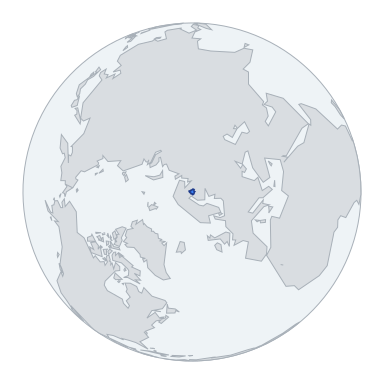 globe centered on Kainuu, rotated 258°
{"feature_id": "FIN-3179", "entity_name": "Kainuu", "entity_type": "Province", "adm_level": 1, "iso_a3": "FIN", "parent_name": "Finland", "parent_adm1": "", "projection": "orthographic", "projection_center": [28.501, 64.601], "detail": "fine", "context": "on_globe", "style": "filled", "palette": "blue", "viewbox_px": 384, "rotation_deg": 258, "n_neighbors": 0, "source": "natural_earth", "source_scale": "10m", "svg_char_len": 11827}
<svg xmlns="http://www.w3.org/2000/svg" viewBox="0 0 384 384"><g transform="rotate(258 192 192)"><circle cx="192" cy="192" r="169" fill="#eef3f6" stroke="#a8b0b8"/><path d="M41.7,114.8L44.2,110.2L72.8,72.3L77.7,67.6L80.9,65.3L106.1,49.8L87.9,59.3L94.8,54.4L103.2,49.6L102.0,50.8L112.4,46.7L120.6,43.0L133.3,41.5L141.2,47.2L136.4,48.0L138.8,49.4L145.0,48.6L148.5,47.8L165.3,53.6L185.7,54.6L192.3,51.5L190.8,55.1L203.4,47.2L214.6,46.6L201.8,49.5L200.4,51.5L208.0,52.1L208.2,54.3L211.9,56.0L211.5,58.7L204.0,60.4L203.6,62.3L209.0,62.6L211.9,65.7L204.1,64.9L208.4,70.3L196.8,74.7L176.3,71.3L169.6,76.9L148.0,81.9L149.8,84.1L142.7,87.7L142.2,91.6L138.3,91.7L141.2,94.8L144.9,94.1L147.3,95.3L147.3,97.6L142.4,97.9L141.7,96.8L140.3,98.2L137.8,97.4L139.0,99.1L133.1,99.4L138.9,102.6L134.1,105.8L130.2,105.0L130.7,100.6L122.9,88.5L119.1,86.8L113.1,88.7L101.7,101.6L97.4,101.8L91.6,105.3L93.8,107.2L99.2,105.1L102.0,109.7L108.3,106.9L110.4,108.4L116.8,107.6L115.6,112.7L111.1,118.2L105.7,119.2L103.5,121.8L108.5,125.0L98.4,131.2L91.5,143.1L88.9,144.3L84.0,138.8L84.3,128.0L78.0,121.7L81.9,130.9L75.3,134.2L74.1,137.0L74.4,139.9L76.8,140.8L74.5,143.1L69.8,134.6L71.8,132.4L73.3,135.0L73.4,130.1L70.2,124.8L67.1,127.1L65.5,117.4L63.3,118.9L61.7,117.9L65.3,115.9L58.8,119.3L56.4,110.0L47.4,116.4L56.4,105.8L59.8,99.9L63.1,93.4L61.6,94.3L68.0,85.1L70.4,79.3L66.3,80.7L60.1,87.0L53.4,96.5L53.7,97.4L50.2,104.2L47.8,104.5L40.8,118.0L38.6,121.2L36.9,125.0L41.7,114.8ZM35.2,129.1L33.6,133.2L30.9,141.2L30.7,143.3L29.6,149.9L27.8,153.9L28.6,154.8L27.0,161.2L26.0,177.5L25.6,177.1L24.4,196.0L26.1,213.6L26.5,220.3L26.0,220.3L27.3,226.3L27.4,227.7L35.0,251.6L41.2,266.1L42.5,270.3L41.2,268.1L36.1,257.2L31.9,245.9L28.4,234.4L25.8,222.6L24.1,210.7L23.2,198.6L23.1,186.6L23.9,174.6L25.6,162.6L28.1,150.8L31.5,139.2L31.9,138.2L33.3,134.0L33.4,133.7L35.2,129.1ZM45.2,117.6L37.4,135.5L39.4,127.2L39.5,128.3L41.9,123.3L45.7,115.2L48.2,108.6L45.2,117.6ZM47.0,121.2L48.1,118.4L47.3,120.9L47.0,121.2ZM150.0,47.1L145.1,48.4L139.5,48.4L143.5,47.0L150.0,47.1ZM160.8,48.0L158.5,49.1L156.0,47.0L158.1,47.0L160.8,48.0ZM197.0,48.9L193.0,49.0L196.8,48.2L197.0,48.9ZM212.5,55.7L213.6,55.0L215.1,56.2L212.5,55.7ZM117.0,104.8L116.9,106.2L115.7,105.6L117.0,104.8ZM119.9,103.3L118.6,101.7L119.8,100.7L120.5,101.7L119.9,103.3ZM215.8,61.5L217.8,63.7L214.4,61.7L215.8,61.5ZM121.1,105.5L122.1,99.2L124.2,97.6L128.8,100.0L121.1,105.5ZM218.2,65.2L223.3,70.8L226.1,69.6L220.9,76.2L218.3,69.2L213.7,66.8L217.2,66.9L218.2,65.2ZM146.0,92.8L142.1,93.7L145.3,90.9L146.0,92.8ZM147.4,90.7L153.8,80.7L159.5,80.6L156.2,83.9L163.6,82.4L163.3,87.3L159.1,89.3L155.5,88.3L158.2,90.9L147.4,90.7ZM217.3,79.1L217.4,80.8L215.9,79.3L217.3,79.1ZM148.6,95.5L149.3,93.4L154.3,93.2L153.7,97.4L152.3,96.1L148.6,95.5ZM165.7,79.6L169.3,80.3L170.0,84.4L171.5,85.3L163.8,87.4L165.7,79.6ZM151.2,97.3L153.3,99.6L150.9,101.8L148.2,97.6L151.2,97.3ZM155.9,91.4L158.3,91.6L156.7,92.8L155.9,91.4ZM143.8,111.3L144.6,108.6L147.2,108.3L143.8,111.3ZM154.2,100.3L155.0,99.5L156.2,99.1L157.0,101.0L154.2,100.3ZM164.8,90.2L164.4,91.9L168.0,89.6L168.7,92.7L163.4,93.6L166.0,94.5L166.2,95.5L161.6,95.2L164.8,90.2ZM161.3,101.8L154.8,104.2L152.7,109.1L150.3,109.5L154.1,101.5L161.3,101.8ZM161.9,97.9L161.0,100.4L158.4,99.6L157.5,97.4L161.9,97.9ZM171.1,94.6L171.4,89.5L172.6,89.5L171.1,94.6ZM161.2,103.3L162.8,102.7L161.4,103.8L161.2,103.3ZM168.6,97.4L168.6,95.6L169.9,95.6L168.6,97.4ZM166.0,103.1L163.9,103.8L163.2,102.4L166.0,103.1ZM167.6,100.6L169.4,101.1L164.2,101.4L167.4,99.8L167.6,100.6ZM169.9,97.7L170.7,97.2L169.7,98.5L169.9,97.7ZM170.0,108.5L163.5,109.2L161.9,105.8L168.4,105.6L170.0,108.5ZM154.5,356.7L145.1,352.7L149.6,351.4L148.0,348.4L135.0,337.1L137.9,332.5L134.4,328.9L127.2,327.1L123.2,322.5L118.9,320.7L91.8,308.9L83.7,299.1L74.2,275.9L79.1,272.7L80.2,264.3L114.5,251.8L121.5,257.6L148.3,262.8L151.6,265.0L148.2,272.2L168.1,285.5L174.8,280.0L193.0,285.8L205.3,285.0L210.1,270.1L190.0,271.2L186.7,263.7L203.0,256.4L220.6,255.2L219.9,252.3L208.9,246.9L213.1,240.6L205.1,244.5L208.3,247.4L203.3,250.0L200.2,247.5L201.8,245.3L196.6,244.2L190.2,255.3L192.7,259.5L178.8,261.0L181.6,268.2L177.8,271.1L171.6,260.2L172.4,256.3L160.8,242.8L158.7,247.0L169.5,260.1L166.1,258.8L163.4,264.9L162.7,259.2L151.5,244.1L139.1,243.2L122.9,254.0L115.8,252.0L109.9,245.5L116.1,230.6L131.5,236.8L133.9,231.9L131.1,222.0L136.0,224.8L136.7,221.7L142.6,223.4L151.1,217.9L157.0,218.8L160.7,209.1L164.2,208.3L161.1,214.2L162.0,218.9L176.9,220.8L179.9,218.9L181.0,212.5L185.0,214.0L184.2,207.6L192.9,205.5L181.7,202.9L182.8,195.7L188.2,190.4L186.5,187.7L177.7,196.3L176.0,200.2L177.8,204.2L171.4,214.9L166.2,216.0L165.3,203.3L157.8,203.5L160.3,193.8L182.6,175.9L191.7,172.6L206.1,182.2L203.8,187.0L197.5,185.8L203.0,193.5L202.7,189.7L206.0,191.0L207.8,184.8L210.3,185.4L207.9,178.4L211.1,178.6L212.5,183.0L218.0,174.2L224.6,172.9L224.7,170.6L222.9,168.5L232.5,168.4L232.2,166.7L228.9,166.1L226.0,162.5L224.6,156.1L228.0,156.4L229.0,158.7L236.1,164.2L238.1,170.6L239.3,170.1L238.4,164.6L229.7,157.9L228.0,154.0L232.5,156.5L230.7,155.3L230.9,153.4L234.3,151.9L229.5,148.9L226.9,129.1L233.2,124.6L237.5,128.9L239.3,116.1L246.2,112.4L243.2,111.8L242.0,105.6L239.8,106.7L238.2,105.9L234.1,91.0L235.8,88.0L230.6,81.3L229.0,81.1L227.4,82.9L220.9,76.2L226.1,69.6L229.4,70.5L230.4,66.0L237.8,68.7L244.4,69.1L251.9,75.1L256.5,75.1L256.3,73.3L262.4,72.1L275.4,76.2L265.5,80.6L246.1,77.1L254.1,79.0L252.5,81.0L255.5,83.2L261.1,84.5L261.6,83.2L271.6,98.3L285.5,107.6L284.0,100.6L287.3,98.4L301.9,104.0L320.3,127.2L324.9,125.4L327.9,127.4L330.1,133.6L325.7,130.7L324.2,134.3L321.4,131.9L323.4,141.2L319.4,138.2L322.9,147.1L326.1,147.1L325.8,139.8L330.5,149.1L335.5,146.2L340.6,150.3L347.6,170.3L347.9,184.6L348.9,186.9L346.6,189.8L347.2,198.9L354.2,198.8L355.3,201.5L354.6,216.0L353.9,214.4L348.0,222.1L349.4,230.1L354.0,225.7L355.7,228.0L353.3,233.4L351.3,231.7L349.1,234.3L347.9,228.1L342.6,224.0L340.0,232.4L338.4,228.7L330.7,228.0L326.0,239.7L319.7,262.9L321.8,272.7L318.4,281.0L306.9,275.7L301.6,267.6L297.6,272.2L285.7,269.7L265.5,280.9L262.6,278.9L258.8,282.3L250.4,282.3L245.8,278.3L240.8,280.4L253.0,290.6L258.4,288.1L262.7,280.7L265.1,284.7L273.2,285.1L264.7,300.7L234.6,320.0L231.5,312.8L207.9,291.8L208.6,288.7L208.4,288.3L208.2,287.7L206.1,293.0L202.0,288.0L214.8,304.9L217.0,311.7L234.2,320.6L232.6,322.1L238.1,323.1L255.5,314.7L255.7,317.2L247.5,330.4L223.3,347.4L226.4,352.2L224.6,355.8L209.4,359.3L210.7,359.9L204.8,360.5L192.2,361.0L179.5,360.5L166.9,359.1L154.5,356.7ZM102.6,263.6L101.6,266.1L102.6,263.6ZM239.3,260.9L249.8,258.0L244.8,249.7L248.4,247.9L245.4,245.8L244.4,249.1L237.0,242.8L241.4,238.3L240.0,234.1L236.4,234.9L229.5,244.3L240.1,253.3L237.8,258.1L239.3,260.9ZM26.0,178.0L25.7,180.8L25.7,178.1L26.0,178.0ZM38.5,127.4L37.4,130.7L36.5,132.9L37.1,130.6L38.5,127.4ZM32.6,154.9L31.9,159.0L32.1,155.3L32.6,154.9ZM36.4,138.2L33.0,151.7L33.3,145.1L35.7,136.7L34.8,141.6L36.4,138.2ZM45.0,121.5L44.1,123.7L43.5,123.7L45.0,121.5ZM46.4,123.1L46.6,122.4L47.6,120.9L46.4,123.1ZM75.6,134.7L75.9,135.4L75.6,138.5L74.6,137.4L75.6,134.7ZM81.1,151.3L77.3,154.7L79.3,151.3L77.2,150.2L78.8,141.9L87.6,144.5L83.3,144.7L81.1,151.3ZM83.4,131.9L81.4,136.7L83.3,131.4L83.4,131.9ZM135.1,203.1L137.0,206.2L134.6,209.4L127.0,208.9L130.4,204.2L135.1,203.1ZM140.2,209.9L141.3,197.8L146.0,197.9L143.2,199.9L146.2,201.1L142.4,204.7L145.8,216.8L143.9,220.5L131.0,217.2L136.3,216.1L134.2,213.0L140.2,209.9ZM135.9,168.8L136.4,164.1L146.0,170.1L144.3,173.9L136.7,173.5L134.1,168.8L135.9,168.8ZM129.0,111.2L128.6,109.4L130.0,109.2L131.5,110.6L129.0,111.2ZM143.9,110.1L132.2,119.1L131.2,117.4L125.6,125.0L120.7,123.6L124.4,118.7L116.4,123.4L117.9,118.4L112.8,122.2L121.7,111.4L122.6,107.3L123.5,112.4L128.0,113.8L130.2,113.1L137.3,108.3L141.6,100.3L146.8,100.6L149.3,102.9L149.1,104.9L145.8,104.0L147.8,107.2L142.9,107.6L143.9,110.1ZM175.8,132.7L172.1,130.4L175.3,137.9L170.4,137.8L171.1,138.7L167.4,140.8L164.2,144.8L162.0,144.1L161.7,146.0L159.2,147.5L158.1,149.9L153.7,149.5L151.9,152.5L150.9,150.6L149.0,155.9L148.4,151.8L145.3,153.5L147.5,156.6L126.8,149.5L118.5,150.0L111.9,152.8L111.9,145.7L118.1,138.7L127.1,133.0L135.0,133.6L133.5,130.4L136.9,129.8L136.7,132.6L139.1,128.0L141.8,128.2L149.8,123.8L151.6,117.2L154.6,115.5L155.2,118.2L157.7,114.6L161.0,118.7L163.2,117.6L168.6,120.7L168.6,126.8L171.0,125.1L175.3,127.5L175.8,132.7ZM171.4,109.5L172.5,116.5L170.3,120.0L161.8,113.3L159.4,113.7L153.8,109.7L157.1,104.8L158.4,106.3L160.4,106.7L158.6,108.1L161.5,107.3L163.4,109.5L166.2,109.5L165.8,111.7L171.4,109.5ZM155.5,262.7L158.1,263.6L162.2,264.0L160.6,267.9L155.5,262.7ZM147.6,252.6L150.0,252.6L149.7,258.2L147.0,257.4L147.6,252.6ZM151.6,248.0L150.2,252.2L149.3,249.5L151.6,248.0ZM163.3,213.9L165.8,213.6L166.0,215.1L164.5,217.2L163.3,213.9ZM184.4,155.6L182.6,153.5L183.4,152.7L182.6,146.8L186.2,146.5L188.1,149.9L184.4,155.6ZM206.5,273.0L202.9,276.2L201.1,274.9L202.7,274.1L206.5,273.0ZM180.5,273.2L186.4,275.3L180.0,274.3L180.5,273.2ZM188.2,154.3L187.4,151.8L189.7,153.2L188.2,154.3ZM188.8,146.0L191.4,147.0L186.5,145.7L188.8,146.0ZM232.9,355.9L231.9,356.0L236.6,353.2L245.8,349.7L250.4,346.8L253.0,347.6L241.9,353.4L232.9,355.9ZM356.0,232.7L353.3,240.4L346.6,245.0L349.1,239.9L355.5,230.5L355.1,232.6L356.8,228.6L356.0,232.7ZM359.4,214.8L359.0,217.7L358.6,216.8L358.9,212.9L359.5,209.1L359.7,186.9L360.2,183.4L360.7,191.1L360.9,189.5L360.9,194.7L359.4,214.8ZM322.6,273.0L326.3,274.8L324.1,278.2L322.6,273.0ZM358.1,175.6L359.1,185.0L357.6,175.1L358.1,175.6ZM356.2,168.2L356.9,169.5L356.2,170.4L356.2,168.2ZM350.4,189.3L349.9,193.7L349.0,192.7L349.3,186.4L350.4,189.3ZM344.6,153.8L347.6,157.4L348.6,159.3L346.8,159.1L344.6,153.8ZM217.7,149.6L214.8,158.0L215.2,164.1L219.1,167.7L212.3,166.5L211.8,156.9L217.7,149.6ZM225.4,131.6L222.0,128.8L224.2,127.7L225.3,128.2L225.4,131.6ZM222.8,131.5L217.2,132.3L215.7,129.3L220.5,129.2L222.8,131.5ZM202.7,143.2L201.6,145.7L199.8,144.5L202.7,143.2ZM360.8,185.2L360.8,184.0L360.7,182.9L360.8,185.2ZM358.9,166.7L358.7,168.7L359.3,173.9L357.3,161.6L358.0,161.8L358.9,166.7ZM357.5,164.7L358.2,169.6L356.9,163.3L357.5,164.7ZM357.9,169.7L357.0,168.3L357.0,165.4L357.9,169.7ZM357.3,162.8L355.8,158.8L356.5,159.1L357.3,162.8ZM354.9,165.4L356.2,161.8L355.9,169.1L352.1,163.4L351.9,159.6L354.9,165.4ZM329.6,120.7L327.6,119.9L326.3,116.2L328.1,117.8L329.6,120.7ZM320.3,104.0L325.3,115.0L328.9,124.2L329.6,122.5L333.5,127.0L330.7,128.1L325.5,119.7L323.4,113.2L319.7,110.1L316.0,104.3L311.5,102.6L308.8,99.6L312.2,99.3L320.3,104.0ZM309.6,102.1L300.5,97.7L299.8,92.1L301.6,91.8L306.1,96.1L306.2,98.8L309.6,102.1ZM298.1,95.0L298.1,97.7L284.8,98.0L281.8,96.7L291.5,93.2L292.1,95.5L295.5,96.5L298.1,95.0ZM219.2,80.5L217.6,80.7L218.5,79.5L219.2,80.5ZM237.0,106.7L235.1,105.4L236.2,103.9L237.0,106.7ZM230.2,101.3L230.3,103.8L228.8,101.0L230.2,101.3ZM230.8,109.6L229.7,104.8L232.8,109.6L230.8,109.6Z" fill="#d9dde1" stroke="#a8b0b8" stroke-width="1"/><path d="M193.5,189.3L193.5,189.5L193.5,189.8L193.4,190.0L193.6,190.2L193.7,190.3L193.7,190.5L193.4,190.6L193.4,190.8L193.4,191.1L193.5,191.3L194.0,191.4L194.0,191.5L194.1,191.8L193.9,192.0L193.9,192.3L194.0,192.4L194.0,192.5L194.3,192.8L194.5,193.0L194.6,193.3L194.7,193.5L194.6,193.8L194.4,194.0L194.2,194.4L194.0,194.5L193.9,194.5L193.7,194.6L193.5,194.2L192.6,194.2L192.1,194.1L191.9,194.2L191.9,194.3L191.8,194.5L191.7,194.7L191.5,194.4L191.4,194.4L191.0,194.0L190.9,194.0L190.8,193.9L190.7,193.9L189.9,193.6L189.8,193.4L189.8,193.0L189.7,193.0L189.7,192.9L189.4,192.7L189.2,192.3L189.2,192.2L189.3,192.2L189.5,192.1L189.6,191.9L189.8,191.8L189.9,191.7L190.0,191.7L190.1,191.4L190.3,191.3L190.5,191.4L190.6,191.2L190.6,190.9L190.5,190.7L191.1,190.5L191.3,190.5L191.3,190.4L191.4,190.2L191.5,190.1L192.1,190.0L192.1,189.9L192.2,189.7L192.5,189.5L192.8,189.5L192.9,189.4L193.0,189.3L193.5,189.3L193.5,189.3Z" fill="#3b82f6" stroke="#1e3a8a" stroke-width="1.5"/></g></svg>